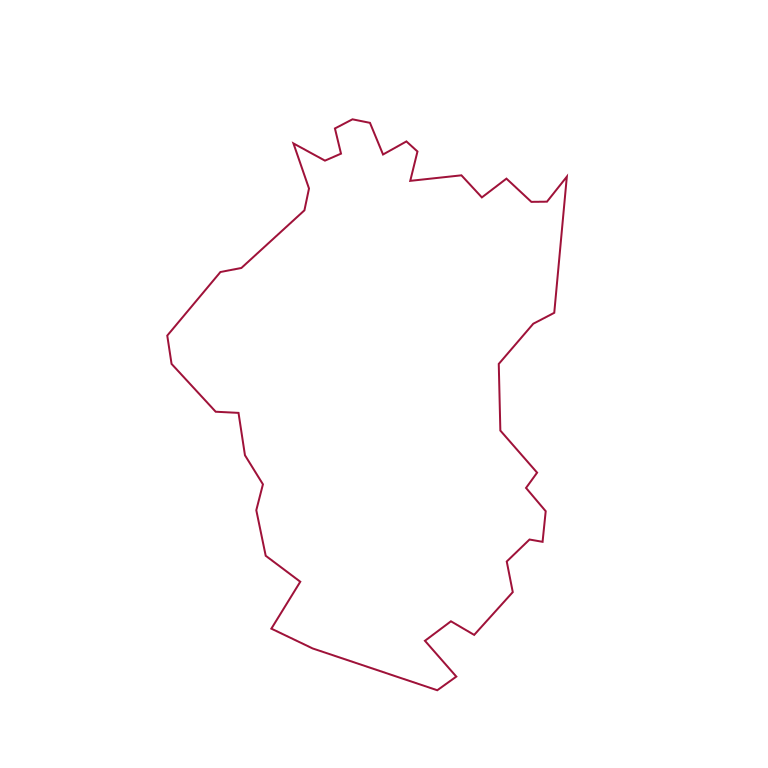 outline of Anderson, Kentucky, United States of America, rotated 298°
{"feature_id": "52423323B73642755696562", "entity_name": "Anderson", "entity_type": "district", "adm_level": 2, "iso_a3": "USA", "parent_name": "United States of America", "parent_adm1": "Kentucky", "projection": "robinson", "projection_center": [-84.971, 38.007], "detail": "fine", "context": "isolated", "style": "outline", "palette": "rose", "viewbox_px": 768, "rotation_deg": 298, "n_neighbors": 0, "source": "geoboundaries", "source_scale": "gbopen_adm2", "svg_char_len": 742}
<svg xmlns="http://www.w3.org/2000/svg" viewBox="0 0 768 768"><g transform="rotate(298 384 384)"><path d="M315.0,585.5L319.1,598.1L347.6,586.5L358.9,558.2L377.6,560.8L397.5,508.6L455.6,475.9L507.3,487.5L526.8,500.9L652.9,448.1L621.5,442.3L614.0,428.6L622.8,395.7L594.7,382.8L604.6,354.4L575.7,311.8L605.0,304.4L608.7,289.9L586.2,275.4L608.0,249.0L602.9,231.9L586.6,220.7L567.2,237.9L553.5,227.0L553.9,191.1L521.4,226.0L500.0,232.2L419.5,203.6L406.1,187.0L325.0,169.9L302.0,187.0L280.5,248.4L290.2,269.1L255.8,294.7L238.6,324.2L212.6,330.5L176.8,360.2L170.1,402.9L115.1,399.4L117.0,445.1L138.6,574.8L159.6,585.2L176.5,540.7L205.9,554.5L204.8,581.4L260.7,595.4L284.9,575.7L315.0,585.5Z" fill="none" stroke="#9f1239" stroke-width="2"/></g></svg>